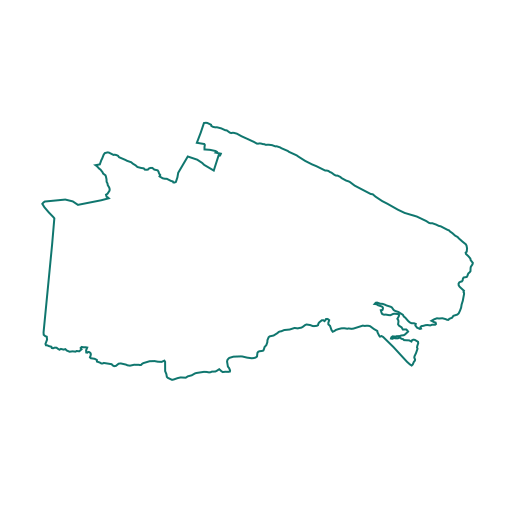 outline of Kilifi South, Coast, Kenya, rotated 274°
{"feature_id": "3690345B19939243433246", "entity_name": "Kilifi South", "entity_type": "district", "adm_level": 2, "iso_a3": "KEN", "parent_name": "Kenya", "parent_adm1": "Coast", "projection": "robinson", "projection_center": [39.732, -3.813], "detail": "fine", "context": "isolated", "style": "outline", "palette": "teal", "viewbox_px": 512, "rotation_deg": 274, "n_neighbors": 0, "source": "geoboundaries", "source_scale": "gbopen_adm2", "svg_char_len": 6101}
<svg xmlns="http://www.w3.org/2000/svg" viewBox="0 0 512 512"><g transform="rotate(274 256 256)"><path d="M152.3,52.7L152.3,54.1L151.7,55.5L151.2,58.2L150.0,58.7L149.8,60.0L150.5,61.5L150.6,63.4L149.6,64.9L148.8,66.5L149.7,67.8L149.2,70.7L149.8,72.3L148.5,73.8L147.5,76.7L148.1,79.6L148.0,82.7L148.7,83.6L148.6,86.3L150.8,88.5L152.0,87.5L153.1,88.4L152.9,90.6L153.1,92.4L152.9,94.0L150.1,93.1L147.9,93.4L147.8,94.5L148.6,95.3L148.5,96.4L147.8,97.5L146.6,98.1L144.8,97.9L143.4,97.4L142.5,98.3L142.2,102.2L141.2,104.5L139.6,104.7L138.8,107.7L138.0,109.2L138.1,110.6L138.7,111.6L138.0,119.5L136.8,120.8L136.2,122.2L136.6,123.9L139.0,126.5L139.4,128.6L138.6,133.8L138.0,135.4L137.8,137.9L139.0,142.0L139.3,146.7L139.1,147.8L139.4,149.1L140.4,149.8L141.3,151.1L143.6,157.2L144.1,162.1L143.7,165.5L143.8,169.2L145.2,171.9L144.1,172.7L134.8,173.4L132.0,174.8L129.2,175.5L128.3,176.5L126.6,180.9L127.1,182.6L128.7,186.3L129.6,189.2L129.7,194.4L131.2,196.4L132.5,200.2L134.6,203.3L135.1,204.6L136.8,212.1L136.9,214.8L136.6,217.3L136.9,218.8L137.6,220.1L137.9,223.4L138.6,224.7L140.5,227.2L138.7,229.5L137.9,230.9L138.4,233.6L138.5,236.4L138.9,238.0L140.0,238.1L141.1,237.6L142.4,236.9L143.7,235.7L148.6,234.5L150.2,234.7L151.6,235.6L152.5,236.5L154.0,240.5L154.8,247.9L154.8,249.4L154.0,254.2L153.7,258.9L154.0,260.7L154.6,262.6L155.8,264.0L159.5,264.2L160.6,264.9L161.2,266.0L161.7,268.6L162.2,269.9L163.2,270.3L165.8,270.9L167.8,272.5L170.7,273.3L172.9,273.3L175.9,274.3L176.8,275.3L177.9,279.1L180.6,282.8L181.8,283.9L182.4,285.2L182.7,286.5L184.1,289.3L185.0,294.7L186.9,299.5L186.7,302.7L187.2,304.2L187.6,306.0L188.4,307.4L190.6,309.9L191.2,311.2L190.9,314.9L190.1,317.4L190.1,318.8L190.6,321.5L191.3,322.7L193.1,323.0L194.3,323.8L196.5,326.2L196.6,327.8L195.8,328.8L196.7,329.7L197.9,330.1L198.2,331.3L197.9,332.4L197.1,333.5L194.4,332.8L192.8,333.0L191.5,334.7L187.4,336.5L185.8,337.8L186.7,339.5L187.8,340.8L188.9,343.5L189.8,346.3L190.1,349.2L189.8,352.2L190.2,353.4L190.0,356.4L190.4,358.3L194.0,367.4L193.8,369.3L194.2,371.5L194.2,373.3L193.9,374.8L191.4,378.7L189.7,382.2L188.2,382.6L185.0,384.5L184.2,385.3L184.9,386.7L184.1,388.5L174.8,399.4L161.0,414.0L158.6,417.1L157.6,418.9L158.7,419.9L161.5,420.9L162.7,421.8L163.9,421.9L165.6,421.0L167.0,421.1L170.3,422.4L174.8,423.6L176.0,423.0L177.7,423.2L180.3,423.9L181.7,423.6L183.4,420.3L183.5,418.8L182.9,417.6L181.5,417.0L182.5,414.7L182.4,409.6L183.3,408.5L183.6,406.8L184.7,405.3L183.8,403.3L183.6,401.2L183.8,399.4L182.9,397.7L183.1,396.4L184.3,396.7L185.4,397.9L185.3,400.7L185.8,401.8L186.1,404.9L186.8,406.3L187.3,409.0L188.1,410.1L191.2,413.0L192.3,412.1L193.2,411.0L192.9,407.6L195.0,406.2L196.5,403.5L197.8,402.5L200.4,402.7L201.9,402.4L203.2,401.4L205.6,402.6L207.2,402.9L208.0,401.6L208.1,398.3L207.8,396.9L206.3,394.2L206.3,392.6L206.6,389.7L206.4,387.7L206.9,386.0L208.1,385.2L210.6,384.3L211.0,385.9L212.3,386.3L213.5,386.1L214.4,385.1L215.4,381.2L216.3,379.6L216.4,377.7L217.7,378.7L218.0,380.0L217.0,383.6L217.1,385.6L216.4,388.1L215.8,389.5L214.7,394.1L214.1,395.2L211.7,397.1L210.9,398.7L210.1,401.9L207.6,406.6L205.9,407.7L204.9,409.2L201.8,412.3L200.5,414.0L199.8,415.7L199.9,418.4L199.4,420.1L197.8,419.8L195.7,421.7L194.7,424.6L195.1,425.7L196.5,425.0L197.6,425.9L198.0,427.8L198.8,429.9L199.1,431.8L198.9,434.7L199.7,436.4L199.9,439.5L200.7,440.3L202.1,439.8L202.5,438.1L203.6,435.6L205.3,438.2L206.5,440.9L206.4,442.9L206.9,446.3L206.3,449.4L205.7,451.1L205.7,452.4L206.8,453.2L208.1,455.9L210.1,457.1L211.6,460.9L212.9,462.2L215.7,463.3L218.7,464.2L221.9,464.5L225.7,465.4L232.5,466.2L233.7,466.1L234.6,465.5L235.8,465.9L239.3,461.5L240.1,460.8L241.0,460.2L242.5,460.0L243.8,460.6L244.6,461.8L244.9,463.0L246.0,463.8L247.8,464.0L249.0,464.6L249.8,467.7L251.2,468.4L252.4,468.6L253.5,469.1L254.7,470.3L255.8,471.0L259.0,470.9L260.3,471.1L262.7,472.5L264.2,472.8L266.9,470.4L268.4,470.0L270.5,468.0L272.7,465.3L274.0,464.9L275.0,465.9L278.3,466.0L281.0,465.3L282.3,464.5L284.8,460.9L287.8,457.0L289.0,455.8L290.2,453.2L292.5,450.3L294.0,447.8L295.0,446.8L295.5,445.1L298.5,438.2L298.8,436.2L299.9,433.5L301.0,429.5L300.8,427.8L301.1,426.3L302.7,423.5L306.6,413.6L309.3,401.4L312.1,394.3L317.3,383.4L319.6,378.0L323.6,371.0L325.7,368.2L325.9,366.0L333.1,349.5L336.3,344.6L336.9,343.2L337.5,340.7L339.7,335.9L340.7,334.7L341.9,331.7L341.8,330.2L342.4,328.6L344.4,325.5L344.9,323.9L345.9,322.3L346.2,320.4L346.1,319.0L349.8,310.0L351.3,305.5L354.3,298.4L358.2,291.2L359.2,289.6L362.2,281.6L363.0,280.4L365.3,273.8L366.0,272.5L366.9,268.9L366.7,267.7L367.7,264.3L367.9,260.9L367.6,257.9L368.1,256.5L368.1,255.1L368.5,253.3L368.6,251.8L368.2,250.3L368.2,249.0L369.6,246.1L374.5,233.1L376.7,228.4L377.3,225.3L377.3,224.1L376.9,222.7L377.3,221.2L379.3,218.0L379.3,216.6L380.9,212.4L381.7,208.0L381.5,206.5L381.8,204.2L382.6,202.4L383.8,202.0L385.3,198.2L385.4,196.7L385.0,194.8L375.0,192.2L364.8,189.1L364.1,196.6L363.2,197.2L361.0,197.0L358.7,197.2L358.7,202.7L357.9,208.3L357.3,209.5L356.3,208.6L355.6,213.8L354.6,213.5L353.6,212.9L353.8,211.7L338.3,207.9L343.3,197.9L345.1,195.8L348.0,190.6L350.5,181.0L333.6,172.6L328.9,172.1L324.3,170.9L323.6,169.6L323.6,168.4L324.6,167.8L324.9,166.1L326.8,161.6L326.7,159.7L327.0,157.5L328.7,154.2L330.1,154.8L331.1,153.9L332.3,153.2L333.3,152.9L334.6,151.9L335.1,148.5L336.6,146.5L336.5,144.6L335.9,143.2L334.6,142.1L334.4,140.6L334.4,139.1L335.6,137.9L335.8,135.3L336.5,131.5L338.0,129.6L339.5,126.7L340.8,125.0L342.0,120.6L342.7,119.1L345.0,112.5L346.3,111.4L346.9,109.8L347.2,108.0L346.9,106.8L348.9,102.0L349.0,100.7L348.1,98.0L346.5,97.0L342.4,95.7L340.8,95.0L336.5,93.8L335.4,89.6L334.6,90.9L332.1,93.6L331.4,94.8L328.7,97.2L327.6,97.7L326.0,100.2L324.9,100.7L322.2,101.5L319.6,101.8L318.0,102.8L316.3,103.2L314.2,104.7L313.0,105.2L311.9,105.4L310.9,105.3L307.7,103.5L306.7,102.1L304.7,102.8L304.1,104.1L303.3,105.1L300.8,97.7L294.6,74.8L297.7,69.4L299.0,61.8L295.6,41.5L294.5,40.2L293.1,39.2L289.9,41.5L285.0,46.3L280.6,51.2L279.5,52.2L253.1,51.8L165.0,49.4L162.6,49.7L161.4,51.3L160.9,52.9L158.0,53.4L153.6,52.1L152.3,52.7Z" fill="none" stroke="#0f766e" stroke-width="2"/></g></svg>